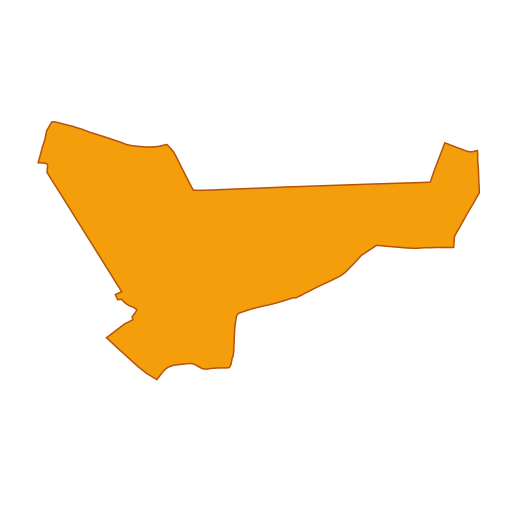 Tan Chau, An Giang, Vietnam (Robinson projection), rotated 92°
{"feature_id": "81297802B24408052099516", "entity_name": "Tan Chau", "entity_type": "district", "adm_level": 2, "iso_a3": "VNM", "parent_name": "Vietnam", "parent_adm1": "An Giang", "projection": "robinson", "projection_center": [105.189, 10.814], "detail": "fine", "context": "isolated", "style": "filled", "palette": "amber", "viewbox_px": 512, "rotation_deg": 92, "n_neighbors": 0, "source": "geoboundaries", "source_scale": "gbopen_adm2", "svg_char_len": 3204}
<svg xmlns="http://www.w3.org/2000/svg" viewBox="0 0 512 512"><g transform="rotate(92 256 256)"><path d="M129.1,464.7L138.1,469.6L146.5,471.0L154.8,473.3L163.3,475.3L170.4,477.0L170.6,469.6L170.9,469.2L171.5,468.2L171.8,467.9L172.5,467.4L173.2,467.4L174.5,467.5L175.8,467.7L178.2,467.6L179.4,467.8L180.1,467.6L204.0,451.3L221.1,439.8L257.2,415.4L296.4,389.0L299.4,395.3L304.5,392.7L304.1,390.1L304.0,389.2L304.0,388.9L305.1,387.8L306.7,386.0L307.5,385.2L309.1,382.7L310.1,381.0L310.6,379.7L311.0,378.4L311.0,377.8L311.1,377.2L312.5,375.3L313.6,373.6L313.9,373.3L314.3,373.4L315.8,374.1L316.3,374.5L316.7,374.8L317.4,374.9L317.6,375.0L317.8,375.3L318.1,375.7L318.4,376.0L319.2,376.3L320.0,376.9L320.5,377.3L320.9,377.6L322.1,377.5L322.6,377.4L324.0,376.8L327.4,383.1L328.6,385.2L333.7,391.4L342.9,402.6L354.6,389.1L356.7,386.5L357.2,385.9L370.4,370.4L377.1,361.3L382.4,351.8L383.0,350.7L381.6,349.8L379.0,347.9L377.0,346.5L374.1,344.3L371.9,342.2L370.1,339.7L368.1,334.7L367.0,327.8L365.8,319.1L365.8,316.0L366.7,313.1L368.4,309.9L370.3,306.2L370.8,303.2L370.8,301.2L369.7,295.7L369.7,293.8L369.3,291.6L369.2,289.4L369.0,284.7L368.8,280.5L368.4,278.9L367.6,278.2L367.2,278.0L365.9,277.6L365.1,277.1L362.9,277.0L362.0,276.6L360.8,276.6L360.1,276.5L359.8,276.5L357.2,275.5L352.2,274.9L342.5,274.9L334.1,274.8L330.9,274.8L327.0,274.5L321.0,274.0L316.5,273.3L314.5,272.1L313.6,270.7L312.5,267.9L309.5,259.8L307.2,252.3L303.6,238.5L301.3,231.0L301.0,230.1L296.4,217.2L296.5,214.8L292.8,207.8L291.8,206.3L288.7,200.5L286.9,197.5L284.3,192.5L283.5,191.1L281.2,186.5L280.5,185.1L277.2,178.7L274.6,174.0L272.5,170.3L269.1,166.1L265.3,162.5L264.0,161.5L261.7,159.3L257.5,155.6L251.5,150.5L250.5,148.9L249.1,147.0L245.5,142.0L241.2,135.9L241.2,134.3L241.2,134.2L241.6,127.3L242.0,120.3L242.3,113.7L242.7,106.9L242.7,104.4L242.8,99.0L242.7,95.5L242.2,91.1L241.9,88.3L241.7,84.1L241.6,81.5L241.2,76.5L241.1,74.3L241.0,68.7L240.9,66.9L240.7,61.1L240.5,58.7L229.5,58.3L225.2,56.2L221.2,54.0L209.9,48.2L206.4,46.5L195.0,40.2L190.9,38.1L185.0,35.0L178.8,35.4L173.6,35.9L163.9,36.6L160.8,36.8L156.5,37.4L153.0,37.7L150.2,37.9L147.2,37.9L145.6,38.1L142.9,38.4L143.3,40.3L144.0,42.3L144.3,43.5L144.4,45.3L144.2,46.5L144.0,48.7L142.5,53.0L140.3,59.7L139.1,63.2L137.4,68.0L136.3,71.3L142.4,73.3L147.3,75.0L155.5,77.8L157.4,78.4L160.7,79.6L163.3,80.5L175.7,84.3L176.2,84.9L177.2,99.2L179.9,140.6L185.8,225.9L186.0,229.8L186.3,232.1L186.6,236.5L186.9,240.1L187.1,243.1L187.3,245.4L187.6,249.5L187.8,252.3L188.1,256.0L188.3,258.7L188.4,260.4L188.6,263.2L188.9,266.9L189.1,270.2L189.3,272.5L189.5,275.3L189.7,278.7L189.9,280.4L190.0,282.5L190.2,284.5L190.4,286.7L190.7,291.1L191.0,294.9L191.1,297.3L191.5,300.5L191.7,304.4L192.0,308.3L192.4,316.5L192.4,318.6L192.4,320.9L190.5,322.1L179.3,328.4L168.6,334.3L165.1,336.2L157.7,340.2L154.5,342.3L150.9,345.6L147.7,348.9L148.1,350.8L149.7,356.6L150.2,359.3L150.6,363.7L150.9,369.7L150.6,376.0L150.2,382.2L150.0,384.0L149.2,389.0L146.9,395.4L145.7,399.7L143.7,406.3L141.8,412.9L140.0,419.5L138.1,426.5L135.4,434.2L133.9,440.1L132.9,443.1L131.9,448.0L131.0,452.1L130.7,453.6L130.0,456.8L129.0,461.2L129.0,463.8L129.1,464.7Z" fill="#f59e0b" stroke="#b45309" stroke-width="1.5"/></g></svg>